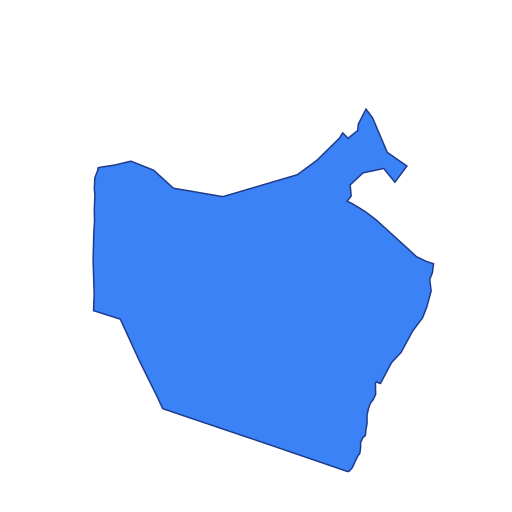 the district of As Salam / Ar Rawat, White Nile, Sudan, rotated 19°
{"feature_id": "16777658B2941917788931", "entity_name": "As Salam / Ar Rawat", "entity_type": "district", "adm_level": 2, "iso_a3": "SDN", "parent_name": "Sudan", "parent_adm1": "White Nile", "projection": "albers", "projection_center": [32.362, 12.482], "detail": "fine", "context": "isolated", "style": "filled", "palette": "blue", "viewbox_px": 512, "rotation_deg": 19, "n_neighbors": 0, "source": "geoboundaries", "source_scale": "gbopen_adm2", "svg_char_len": 1678}
<svg xmlns="http://www.w3.org/2000/svg" viewBox="0 0 512 512"><g transform="rotate(19 256 256)"><path d="M217.5,430.7L247.7,430.6L252.3,430.5L255.5,430.5L256.4,430.5L257.2,430.5L257.6,430.5L257.9,430.5L258.1,430.5L258.3,430.5L258.5,430.5L259.0,430.5L259.5,430.5L259.8,430.5L260.1,430.5L280.8,430.4L328.0,430.1L412.8,430.0L414.1,429.2L415.7,425.7L416.2,423.0L416.6,418.2L417.5,411.6L418.4,408.9L418.0,406.5L417.4,403.7L416.7,401.3L415.7,398.9L416.1,393.0L417.8,390.3L417.8,389.9L416.6,384.9L415.5,378.0L412.9,370.7L412.0,363.7L412.1,358.0L413.6,353.6L414.2,347.8L412.4,343.1L411.1,339.2L410.4,338.3L410.4,336.9L410.4,336.5L410.7,336.2L411.0,336.0L411.2,335.8L411.3,335.6L411.5,336.0L415.1,336.1L415.2,335.9L418.9,312.6L424.6,299.8L428.5,276.1L432.5,263.6L433.6,260.4L434.1,248.8L433.0,232.0L427.9,221.6L428.2,214.4L426.4,205.5L419.0,205.7L407.7,204.3L397.7,199.9L357.5,182.6L344.6,178.4L330.1,175.2L324.3,174.5L326.5,168.4L321.9,158.1L330.2,142.5L348.2,131.7L361.1,139.6L363.3,141.0L369.4,121.8L367.9,121.4L346.4,115.3L331.4,98.7L321.2,87.4L312.2,81.3L309.8,97.8L311.3,104.3L304.7,114.7L297.9,111.4L296.5,117.5L282.3,145.9L268.6,165.7L205.3,210.7L199.9,211.6L155.8,218.8L131.3,208.2L106.8,207.1L92.6,216.1L80.6,222.4L77.9,224.1L78.5,226.5L78.2,232.5L78.2,234.7L81.1,244.7L84.1,251.6L84.2,252.0L87.9,264.5L92.0,275.7L95.0,286.6L103.3,312.9L113.6,340.0L115.4,344.7L120.2,360.6L120.7,360.6L148.2,359.9L148.4,360.0L178.9,392.1L204.9,417.8L207.5,420.3L207.7,420.6L208.0,420.8L208.7,421.6L208.9,421.8L209.9,422.8L210.0,422.9L210.3,423.2L210.7,423.6L211.1,424.1L214.1,427.2L214.4,427.4L214.6,427.7L216.2,429.4L217.5,430.7Z" fill="#3b82f6" stroke="#1e3a8a" stroke-width="1.5"/></g></svg>